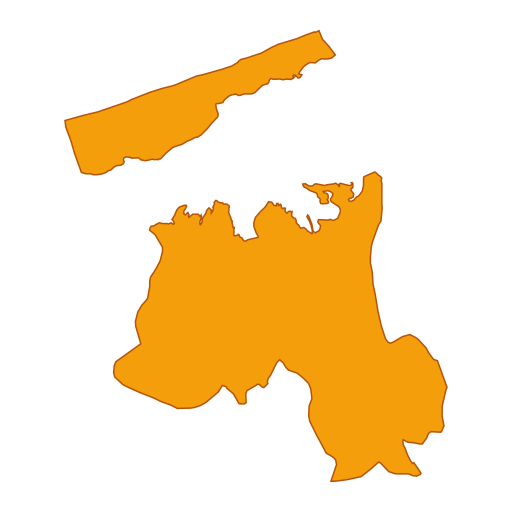 Sidi Salim, Kafr ash Shaykh, Egypt
{"feature_id": "37247803B12762735296795", "entity_name": "Sidi Salim", "entity_type": "district", "adm_level": 2, "iso_a3": "EGY", "parent_name": "Egypt", "parent_adm1": "Kafr ash Shaykh", "projection": "robinson", "projection_center": [30.738, 31.367], "detail": "fine", "context": "isolated", "style": "filled", "palette": "amber", "viewbox_px": 512, "rotation_deg": 0, "n_neighbors": 0, "source": "geoboundaries", "source_scale": "gbopen_adm2", "svg_char_len": 6049}
<svg xmlns="http://www.w3.org/2000/svg" viewBox="0 0 512 512"><path d="M330.9,481.3L336.0,481.1L347.0,479.7L361.1,476.6L369.7,469.9L378.8,462.0L380.7,463.2L388.9,471.7L395.5,473.8L408.8,473.9L412.7,475.6L416.6,476.1L420.2,474.5L421.0,473.3L419.0,470.1L413.9,462.7L412.8,463.6L410.9,461.5L407.4,454.7L405.1,448.2L403.2,444.6L402.8,441.4L403.2,439.8L407.9,442.2L413.4,442.7L420.0,444.0L422.3,444.0L426.7,438.0L427.9,434.8L429.1,432.8L431.0,431.7L440.8,432.2L442.0,430.6L444.0,425.8L442.1,416.1L442.2,406.1L445.8,390.5L447.0,387.3L437.4,360.7L433.5,359.4L428.5,352.5L426.2,348.1L418.4,339.6L415.7,337.5L409.8,334.6L402.4,336.6L393.3,342.1L390.2,343.2L387.9,342.0L385.5,338.8L381.3,325.9L377.9,311.0L375.3,294.9L373.0,284.0L372.3,272.4L370.4,263.1L370.4,257.5L371.3,246.7L372.5,241.9L377.7,227.1L378.9,224.3L380.9,221.1L382.2,207.8L381.8,203.4L381.9,183.7L381.2,180.9L381.7,177.9L380.0,176.1L378.5,175.3L375.7,172.4L374.6,172.0L364.0,176.7L363.6,177.9L363.5,185.5L362.3,191.1L358.7,195.9L356.4,197.1L353.6,200.3L350.9,201.4L349.3,201.0L348.5,199.4L350.1,198.2L350.9,198.2L353.2,197.1L353.7,193.9L350.9,190.2L351.3,188.2L352.1,188.2L352.9,187.4L352.9,183.4L352.2,182.6L351.4,182.6L351.8,183.0L351.8,184.2L351.0,185.4L348.6,185.4L340.4,183.3L339.2,184.1L339.2,185.3L339.6,186.1L339.2,186.5L338.0,184.8L335.7,183.2L333.3,184.0L327.1,184.7L324.7,185.5L316.1,183.8L314.5,184.2L312.6,185.8L311.0,186.1L308.2,185.7L307.5,184.9L305.5,184.1L305.5,183.7L302.8,184.0L303.2,185.7L303.9,186.9L305.9,187.7L309.8,190.5L316.4,193.0L317.2,194.2L317.6,196.7L319.9,198.7L320.3,199.9L319.9,201.1L320.7,203.5L323.4,203.9L324.2,203.6L326.5,203.6L328.5,202.8L328.5,201.6L327.0,199.6L328.1,198.8L328.2,195.6L327.8,194.4L327.0,193.5L323.9,192.7L323.1,191.5L327.8,190.7L330.5,191.6L332.9,193.6L332.5,195.6L330.5,199.2L330.5,200.4L331.7,202.0L338.7,206.5L340.2,209.0L340.2,212.2L337.8,218.2L335.8,219.3L333.1,220.5L330.0,219.3L328.4,220.1L318.6,219.6L317.8,221.5L318.2,222.8L320.5,225.6L320.1,228.4L319.3,230.4L315.4,232.8L313.4,231.5L313.0,230.7L311.9,224.3L308.8,216.2L307.7,215.0L306.9,216.6L309.6,221.5L311.1,225.5L312.3,230.7L312.2,233.5L311.5,233.5L307.2,230.7L306.0,229.0L303.7,227.4L301.7,228.2L300.1,227.8L298.6,225.0L297.4,224.1L296.2,222.5L296.3,221.3L295.5,218.5L293.9,218.1L291.6,216.0L292.0,211.6L291.2,212.0L290.4,211.2L289.7,211.2L288.5,211.6L286.9,213.2L285.3,211.6L285.0,209.1L285.4,208.3L284.2,207.9L282.6,208.7L281.5,207.5L281.1,205.1L280.3,204.3L278.7,205.5L278.0,203.4L276.8,203.4L276.4,204.2L276.4,205.8L274.0,205.4L271.7,202.2L268.6,201.7L265.0,207.3L260.7,211.3L255.5,217.3L254.7,219.7L253.9,222.5L253.9,226.5L256.2,232.9L258.2,236.2L258.1,237.4L247.9,239.7L246.4,240.8L245.2,241.2L244.0,240.8L242.8,239.6L242.1,238.0L239.7,236.8L239.0,234.7L238.2,234.3L237.8,235.1L234.6,235.9L233.9,235.5L233.9,229.9L234.3,227.5L233.1,227.5L232.0,222.2L232.4,221.4L231.2,219.8L230.8,217.4L229.7,215.4L228.5,211.7L228.9,210.5L228.9,207.7L229.3,207.3L229.3,206.1L227.0,204.1L223.5,204.1L222.7,202.9L220.4,202.8L218.0,202.0L217.6,201.2L216.1,200.4L215.7,200.4L214.1,202.4L214.5,204.0L212.9,207.2L213.3,207.6L213.3,209.2L212.3,211.8L211.3,213.2L211.3,210.0L209.0,207.9L207.4,209.5L206.6,210.7L205.8,213.5L202.6,217.9L202.2,219.5L202.2,221.9L200.6,224.7L200.2,224.7L199.8,223.9L199.9,221.5L201.1,218.7L201.1,217.1L201.4,216.4L201.1,215.1L200.7,215.9L199.9,216.3L198.3,214.2L192.8,214.2L188.9,217.4L188.5,216.6L188.9,215.8L188.9,214.5L187.8,212.5L185.4,214.9L183.8,213.7L183.9,210.9L185.4,208.9L186.6,206.1L186.2,205.3L184.3,205.3L179.2,207.2L176.8,210.0L174.6,215.2L172.0,219.6L173.2,220.8L174.4,223.2L173.2,224.4L171.2,222.8L168.5,224.0L167.7,223.6L161.8,223.5L159.5,222.7L155.6,224.7L154.0,225.8L151.2,226.2L150.0,228.2L149.5,230.1L155.1,234.7L162.5,247.2L162.5,251.6L160.0,261.2L155.3,270.0L150.5,277.2L149.7,281.6L149.7,286.4L147.7,298.1L145.7,300.9L141.8,305.2L137.8,312.0L135.4,321.6L135.8,326.5L140.8,343.8L116.0,361.6L114.4,365.2L113.6,372.8L114.7,376.9L122.9,384.6L128.4,387.4L139.3,392.3L153.0,397.7L161.6,401.8L170.9,405.1L177.2,408.4L190.5,408.1L194.8,407.4L200.7,405.4L206.2,402.2L218.4,391.9L222.3,385.5L226.3,386.8L227.0,388.4L233.3,393.7L239.1,403.8L244.5,403.9L246.1,402.7L245.8,393.8L247.0,390.6L256.4,385.1L257.2,384.3L259.2,384.3L262.3,387.2L263.8,387.6L267.8,383.6L267.4,381.6L268.2,378.4L270.6,375.2L276.9,362.4L279.7,359.7L283.2,362.9L285.9,367.4L288.6,370.2L297.2,373.1L302.7,377.6L308.5,383.3L310.8,388.9L311.9,398.6L309.1,406.2L308.7,415.8L309.8,421.4L316.4,434.7L326.4,453.3L330.3,455.4L333.8,457.8L335.8,460.3L336.5,464.7L330.9,481.3ZM319.0,30.7L315.2,32.4L314.5,31.9L306.5,34.7L297.1,38.6L277.8,44.4L275.8,45.6L272.7,46.8L261.3,53.1L246.3,58.1L241.2,59.3L238.9,60.9L237.7,62.5L231.8,66.0L221.2,69.5L203.1,74.6L196.4,76.1L176.8,84.3L172.4,85.9L162.6,88.3L150.4,92.1L131.6,99.5L126.9,101.9L98.1,111.8L82.9,115.5L65.0,120.5L65.8,127.0L71.0,141.1L74.4,152.8L81.4,172.5L86.1,173.8L91.2,173.8L93.1,174.7L97.0,174.7L102.1,173.9L106.1,172.4L108.0,170.8L110.8,170.0L114.3,166.8L116.7,165.6L120.6,165.3L123.4,163.7L124.2,161.7L123.8,161.3L123.4,158.9L124.2,157.7L126.2,156.9L130.1,157.3L131.6,158.2L137.9,157.8L139.1,158.2L141.0,159.9L145.7,160.7L152.4,159.2L153.6,159.6L158.3,159.6L158.3,159.2L160.6,158.8L166.2,152.9L172.5,147.7L176.0,146.2L182.3,144.2L187.4,141.0L190.6,139.9L194.9,137.5L197.6,137.1L201.2,134.8L207.9,128.0L211.0,124.0L217.7,116.9L218.2,114.1L216.2,108.0L215.9,105.6L215.9,104.4L216.3,103.6L218.6,103.6L222.9,102.5L224.5,99.7L228.9,96.1L231.6,94.9L235.1,94.2L236.3,94.2L238.3,95.4L240.2,95.4L243.0,94.2L244.9,93.9L251.6,93.9L253.6,93.2L255.1,92.4L262.6,85.2L267.8,83.7L268.9,82.1L269.3,80.1L270.9,78.5L273.3,79.3L279.9,79.0L282.7,79.8L286.6,79.1L290.9,79.5L290.9,79.1L292.9,78.7L294.5,77.1L293.3,77.1L293.3,76.3L292.9,75.9L293.3,75.1L294.5,75.1L296.4,76.0L298.0,78.0L298.8,78.0L300.3,77.2L301.9,74.8L298.8,74.0L299.6,72.0L303.5,66.8L305.9,64.8L309.8,62.5L315.3,62.9L318.9,60.1L322.0,58.6L323.2,59.0L325.6,59.0L329.5,58.7L331.8,57.9L335.3,54.9L328.8,46.2L322.5,39.4L319.0,30.7Z" fill="#f59e0b" stroke="#b45309" stroke-width="1.5"/></svg>